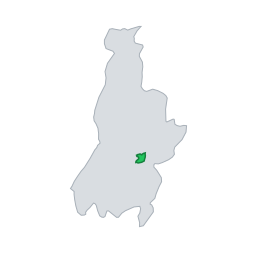 where Velike Lašče sits in Slovenia, rotated 293°
{"feature_id": "SVN-1000", "entity_name": "Velike Lašče", "entity_type": "Municipality", "adm_level": 1, "iso_a3": "SVN", "parent_name": "Slovenia", "parent_adm1": "", "projection": "robinson", "projection_center": [14.586, 45.849], "detail": "fine", "context": "in_parent", "style": "filled", "palette": "green", "viewbox_px": 256, "rotation_deg": 293, "n_neighbors": 0, "source": "natural_earth", "source_scale": "10m", "svg_char_len": 2172}
<svg xmlns="http://www.w3.org/2000/svg" viewBox="0 0 256 256"><g transform="rotate(293 128 128)"><path d="M226.6,100.3L221.0,98.4L214.3,97.6L213.1,98.7L210.4,99.7L209.0,101.6L210.1,109.0L208.5,110.3L200.9,109.5L198.4,110.4L194.3,115.5L190.1,117.7L184.7,119.2L180.7,121.1L175.7,122.7L171.4,123.7L169.7,126.0L168.7,128.5L169.0,130.9L173.4,135.6L174.0,140.7L173.6,146.9L172.6,150.2L170.9,152.4L160.1,155.2L149.0,160.3L148.7,161.4L153.8,166.0L154.0,167.1L149.8,169.7L149.4,172.2L149.9,175.2L152.2,178.3L153.0,181.0L146.9,183.0L138.5,182.3L128.7,178.5L125.2,179.0L121.9,181.0L118.5,180.2L114.7,177.8L109.4,172.9L106.8,169.9L105.7,166.6L104.3,166.2L102.1,167.1L100.3,171.0L95.4,178.0L91.7,179.9L86.2,179.5L78.5,179.6L73.7,180.2L67.9,177.7L66.5,178.2L66.5,179.8L64.3,182.4L60.7,184.1L44.0,180.3L41.7,177.1L45.4,175.7L50.7,171.6L54.2,172.1L58.6,171.2L60.5,169.5L57.7,164.4L50.9,158.0L47.2,155.6L42.1,154.1L41.3,152.4L44.1,142.4L43.3,141.0L37.5,141.4L36.2,140.4L35.7,138.7L36.1,136.3L40.0,132.4L44.4,129.0L45.5,127.1L45.4,125.6L39.9,124.0L36.5,122.5L33.9,121.9L32.1,122.8L30.8,121.8L29.4,119.0L30.8,114.6L35.8,110.5L41.1,107.0L45.8,104.3L48.5,103.2L49.8,98.7L52.5,99.2L58.0,99.4L64.1,100.5L69.8,101.7L74.8,103.3L85.4,105.0L94.9,106.0L97.8,106.9L100.2,106.8L103.1,108.2L104.8,107.1L106.1,105.3L111.3,103.2L116.1,100.4L119.5,96.8L121.4,94.0L124.7,92.1L128.2,91.5L131.4,90.5L145.0,89.2L158.9,90.2L165.6,88.2L171.0,84.8L179.0,83.9L179.4,83.8L191.4,86.4L192.3,84.9L192.8,84.2L192.5,76.8L196.3,73.4L199.8,71.9L211.7,72.4L213.3,74.7L214.0,78.3L215.1,83.0L217.1,84.3L218.2,86.2L218.0,89.5L220.4,91.9L225.9,98.6L226.6,100.3Z" fill="#d9dde1" stroke="#a8b0b8" stroke-width="1"/><path d="M100.3,151.8L99.8,151.0L99.7,150.2L99.8,149.5L99.3,148.7L100.5,148.4L101.9,148.9L102.6,149.3L103.1,149.5L103.4,149.7L103.8,149.8L104.4,149.7L105.1,149.2L105.4,148.6L105.3,147.5L105.7,147.6L105.9,147.4L105.9,147.1L106.3,146.5L107.6,147.6L107.9,148.3L108.8,149.2L108.8,150.1L108.7,150.4L108.6,150.8L108.7,151.2L109.1,151.2L109.5,151.4L110.6,152.1L111.8,153.6L110.7,153.9L109.7,154.6L108.0,155.2L105.4,155.5L104.0,155.8L101.8,154.0L100.3,151.8Z" fill="#22c55e" stroke="#15803d" stroke-width="1.5"/></g></svg>